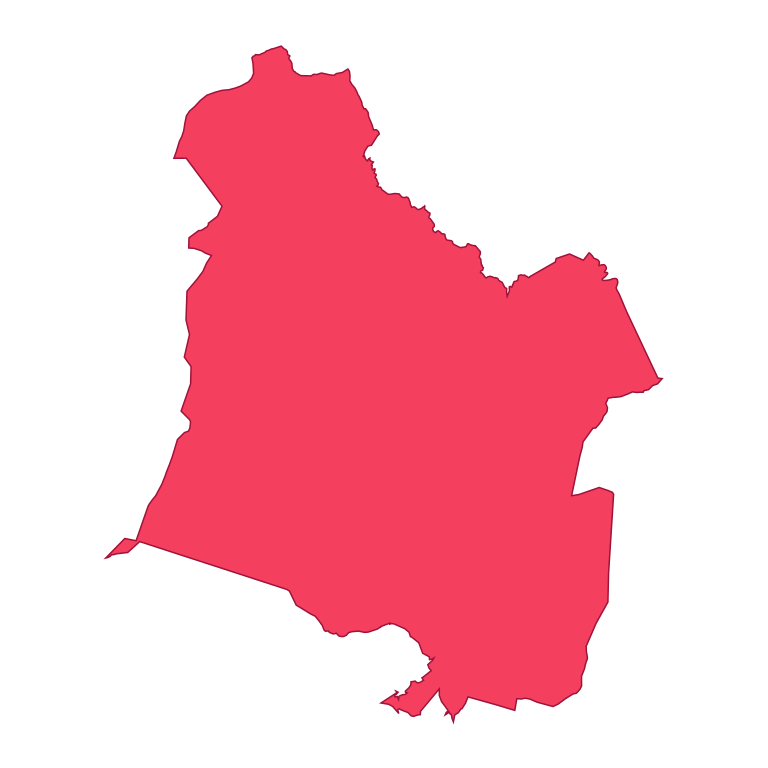 Ixtapan del Oro, México, Mexico (Mercator projection)
{"feature_id": "50627088B38123449736232", "entity_name": "Ixtapan del Oro", "entity_type": "district", "adm_level": 2, "iso_a3": "MEX", "parent_name": "Mexico", "parent_adm1": "México", "projection": "mercator", "projection_center": [-100.269, 19.262], "detail": "fine", "context": "isolated", "style": "filled", "palette": "rose", "viewbox_px": 768, "rotation_deg": 0, "n_neighbors": 0, "source": "geoboundaries", "source_scale": "gbopen_adm2", "svg_char_len": 6074}
<svg xmlns="http://www.w3.org/2000/svg" viewBox="0 0 768 768"><path d="M251.9,57.8L253.0,63.2L253.6,73.3L251.7,78.1L248.4,81.9L240.6,86.1L235.1,88.1L229.0,89.7L221.8,90.4L214.9,92.3L206.9,95.2L200.2,100.6L194.7,106.6L189.5,111.1L186.4,115.9L184.9,123.1L183.7,130.8L181.8,136.6L179.4,141.3L176.3,151.7L173.9,158.3L186.2,158.2L222.0,206.2L217.4,216.4L208.4,223.2L208.5,224.2L207.3,226.7L201.2,230.4L198.6,230.6L189.0,237.8L188.7,248.0L194.2,248.4L201.6,250.8L205.4,253.1L211.5,255.5L206.6,263.0L202.9,271.4L197.3,278.9L187.0,291.2L186.0,320.0L189.5,334.5L184.3,357.1L191.1,366.6L190.6,383.8L181.1,411.1L189.7,419.8L190.3,421.2L190.5,422.5L189.9,427.9L188.5,431.1L184.4,432.6L177.5,439.4L172.4,456.4L169.5,464.4L166.6,471.7L165.1,476.1L161.8,484.3L155.7,495.7L152.5,499.6L149.3,504.0L148.1,506.2L136.1,540.7L124.8,538.5L105.8,558.0L108.2,557.4L110.1,556.4L111.6,554.7L113.5,554.7L116.5,553.8L127.7,552.5L139.7,541.6L287.0,589.5L289.5,591.2L296.2,605.1L310.2,613.7L315.3,616.3L319.1,621.0L322.3,625.5L324.2,630.2L325.4,631.2L328.3,631.0L329.3,632.3L331.6,633.4L333.4,633.9L335.2,633.6L336.2,633.2L338.9,636.0L341.3,636.6L343.6,636.5L346.4,635.2L348.7,632.6L351.9,631.7L358.5,631.1L364.6,632.4L368.2,632.1L377.3,629.1L380.4,627.1L380.6,627.2L380.9,626.5L389.9,623.1L389.8,624.1L391.2,623.7L393.7,623.8L404.6,628.6L409.0,632.2L410.4,636.6L411.8,637.2L418.8,642.8L422.7,653.3L429.3,656.8L429.5,659.6L431.8,659.2L433.9,657.9L433.0,659.8L432.0,660.8L427.8,664.6L429.2,668.5L431.3,670.6L422.8,677.3L421.9,677.8L423.5,680.3L419.5,682.7L416.8,682.6L415.2,681.1L411.0,681.8L411.1,682.2L410.6,685.4L408.8,687.9L405.3,691.2L405.6,692.4L407.2,692.9L405.0,694.5L402.5,694.7L399.4,696.0L398.8,696.8L398.5,699.3L397.2,696.5L395.1,697.0L394.4,695.3L396.1,694.5L398.1,692.2L396.0,691.2L396.9,692.6L381.0,703.0L388.7,704.3L392.6,706.4L398.8,713.5L397.8,710.4L398.1,709.5L399.3,708.8L400.9,709.8L408.1,712.6L411.1,715.8L413.4,716.4L418.1,714.9L420.3,714.7L420.6,711.2L439.3,688.9L439.3,695.5L441.6,701.7L445.6,707.0L448.4,711.1L446.4,712.2L445.2,714.8L449.2,712.3L450.0,713.9L451.3,714.4L451.9,718.0L453.4,721.9L454.8,714.9L458.3,712.7L460.9,709.0L462.0,708.7L465.5,703.2L468.0,696.9L496.2,704.8L514.8,710.4L516.8,698.7L521.1,699.0L525.4,698.2L529.9,699.1L537.4,702.3L553.0,706.5L558.3,704.0L565.3,698.8L573.1,693.9L576.2,693.3L577.9,691.7L580.1,689.1L581.6,685.9L581.5,676.4L584.7,668.1L585.1,665.5L586.7,660.4L587.3,659.1L587.4,657.3L586.3,650.9L586.3,647.7L586.1,646.4L596.1,623.3L607.9,602.1L608.6,572.8L613.6,494.4L612.4,492.3L608.0,490.5L599.2,487.5L579.0,494.5L571.6,495.7L580.0,455.5L582.2,447.5L583.0,441.9L592.9,428.2L595.7,428.0L599.1,424.1L602.1,420.0L603.6,415.9L605.5,413.8L607.0,411.6L607.5,407.8L605.7,403.2L607.2,400.6L608.1,398.2L613.3,397.3L616.3,397.2L621.0,396.6L627.8,394.0L632.5,391.9L636.8,392.5L640.1,392.2L643.1,392.3L644.1,390.6L648.5,389.7L652.6,385.6L657.5,383.9L662.2,378.6L657.9,378.1L626.5,311.4L619.4,294.5L616.8,289.8L616.1,287.9L617.6,283.5L617.8,281.9L617.2,279.5L616.4,278.8L615.1,278.4L612.4,278.8L610.9,279.5L607.8,280.2L604.2,280.5L602.8,280.2L602.2,279.8L602.5,278.7L605.1,276.8L607.6,273.8L607.6,273.0L606.9,272.4L604.7,272.4L604.5,271.6L606.2,269.2L606.4,268.4L606.3,267.7L605.7,266.2L604.6,264.9L603.2,264.7L601.3,264.9L599.5,265.6L598.9,265.5L599.4,262.7L599.4,262.0L598.4,260.4L596.9,259.4L593.7,258.1L592.5,256.1L589.8,253.2L589.0,252.9L583.4,260.2L569.5,254.0L556.2,258.5L555.3,262.0L529.7,276.7L529.4,277.4L528.5,277.6L526.9,276.4L526.2,276.3L525.0,275.3L524.0,275.0L522.9,275.5L521.5,274.9L520.6,274.9L518.5,275.7L518.2,278.6L517.8,280.1L516.3,281.2L514.5,281.4L513.6,282.2L513.6,283.1L512.7,284.6L512.8,285.5L512.2,285.9L512.1,286.8L511.5,287.2L510.2,286.4L509.3,286.8L509.4,290.9L507.2,296.3L506.6,292.5L506.7,288.5L504.8,287.5L502.2,282.4L498.9,280.5L497.7,278.4L495.6,277.6L494.4,277.9L492.5,276.9L490.9,276.6L490.3,276.2L487.7,276.9L486.4,277.8L485.4,277.5L482.6,273.7L481.5,272.8L480.7,272.8L480.4,272.2L480.8,271.0L482.7,270.1L483.4,267.6L482.1,266.5L482.2,265.3L481.4,264.7L480.7,259.1L479.4,257.4L479.3,256.6L480.4,253.6L480.3,251.6L475.2,245.6L474.1,245.7L472.1,245.3L469.9,244.6L468.5,243.7L467.6,243.8L466.2,246.4L464.7,247.0L460.2,247.6L453.8,244.4L452.6,243.2L452.6,241.8L451.4,240.7L447.1,240.1L446.1,239.1L445.1,236.3L444.9,234.5L444.0,233.9L442.0,233.9L439.8,231.8L438.3,230.8L437.7,230.9L436.4,231.6L436.2,232.3L435.6,232.7L433.6,231.5L432.9,229.9L432.7,228.7L432.7,227.9L434.2,226.6L434.4,225.3L434.0,223.9L430.3,218.8L429.5,218.3L429.0,217.8L428.8,216.8L429.8,215.1L430.0,213.8L429.9,213.1L428.3,212.3L424.6,208.9L424.6,207.0L424.9,206.5L424.7,206.0L424.3,206.6L422.8,207.2L421.6,208.4L418.5,209.6L417.0,209.1L415.6,207.6L414.1,206.8L411.6,207.3L411.4,206.5L410.3,204.4L410.2,202.8L408.6,198.5L408.0,197.7L406.6,197.0L404.9,197.5L402.4,197.4L400.8,195.9L399.1,193.9L394.8,193.5L389.9,194.3L388.0,194.2L383.2,190.6L381.7,189.7L381.3,188.3L380.2,187.1L379.4,187.2L377.6,186.7L376.8,186.1L377.9,185.4L378.5,183.7L377.3,181.5L376.5,178.9L375.5,178.2L375.1,177.3L376.3,175.1L376.0,174.2L374.8,173.8L374.1,173.0L374.8,171.3L375.1,169.1L374.6,168.7L373.6,169.1L373.0,170.0L372.6,170.0L371.9,168.6L372.2,165.6L371.4,165.0L373.4,162.0L371.0,161.1L369.8,159.8L369.9,158.1L368.5,158.9L367.5,160.9L365.8,159.6L364.5,156.1L363.6,156.8L363.3,156.6L364.8,151.1L367.9,146.1L371.5,145.2L377.4,135.9L379.3,134.1L378.6,131.9L377.4,130.6L376.2,129.7L373.5,129.9L372.1,124.9L368.7,116.8L368.1,112.4L365.7,108.8L364.6,108.7L364.0,108.9L362.1,105.0L361.9,102.7L361.0,100.5L359.0,96.2L358.0,94.8L357.0,92.1L354.9,88.0L351.9,84.5L349.8,80.8L350.0,75.5L349.4,71.3L347.9,69.0L342.3,72.5L336.2,73.6L334.2,75.3L330.0,74.9L322.0,73.1L320.7,73.2L317.0,74.5L313.6,74.3L311.1,75.9L300.6,75.6L295.7,72.7L295.3,72.0L293.7,71.2L292.3,68.5L291.8,63.1L290.4,60.5L289.2,59.3L288.9,57.9L289.9,56.0L289.2,55.4L287.7,54.6L287.3,51.5L286.8,50.8L285.8,49.6L284.1,48.9L281.2,46.1L273.3,48.7L271.4,49.0L269.1,50.1L266.1,51.1L264.9,52.4L261.0,54.0L259.5,54.9L255.4,54.6L255.1,55.4L254.1,56.0L253.2,56.2L251.9,57.8Z" fill="#f43f5e" stroke="#9f1239" stroke-width="1.5"/></svg>